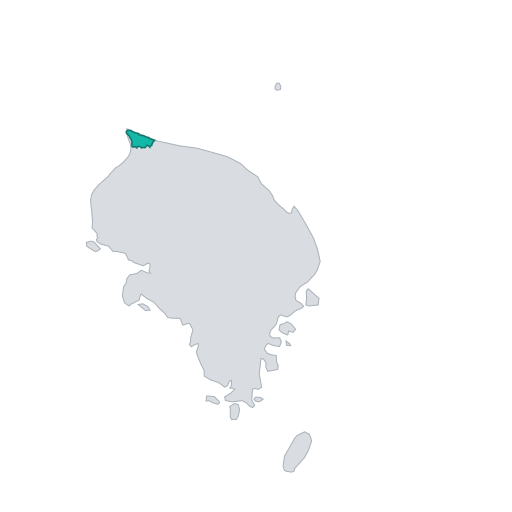 Goseong-gun, Gangwon, South Korea (highlighted), rotated 316°
{"feature_id": "91817680B50485812736392", "entity_name": "Goseong-gun", "entity_type": "district", "adm_level": 2, "iso_a3": "KOR", "parent_name": "South Korea", "parent_adm1": "Gangwon", "projection": "robinson", "projection_center": [128.403, 38.393], "detail": "fine", "context": "in_parent", "style": "filled", "palette": "teal", "viewbox_px": 512, "rotation_deg": 316, "n_neighbors": 0, "source": "geoboundaries", "source_scale": "gbopen_adm2", "svg_char_len": 4249}
<svg xmlns="http://www.w3.org/2000/svg" viewBox="0 0 512 512"><g transform="rotate(316 256 256)"><path d="M155.6,131.0L157.3,129.7L157.4,127.9L157.5,121.9L162.3,117.8L169.2,109.3L172.6,104.7L176.4,100.4L180.9,97.5L185.3,96.1L192.1,95.5L205.2,96.1L207.8,95.5L216.9,95.1L219.1,95.9L225.7,96.4L233.0,95.8L236.7,94.6L240.2,92.4L243.2,88.6L246.3,81.4L249.6,75.8L251.5,74.8L264.9,104.7L277.8,124.0L288.8,137.9L304.5,164.9L309.2,179.2L309.6,188.2L312.3,200.4L310.1,207.5L310.8,218.5L309.8,224.2L307.9,228.4L307.9,236.5L308.5,240.8L308.6,246.5L309.8,248.7L311.6,249.5L314.5,247.5L318.0,246.6L317.4,253.5L313.2,270.8L309.6,283.5L304.6,294.5L298.3,304.6L290.6,308.5L285.2,310.0L274.9,310.5L266.4,308.7L259.1,310.0L256.1,312.1L253.9,315.7L255.5,321.3L255.3,325.4L252.2,325.1L246.0,322.7L239.1,322.4L235.8,321.2L232.6,315.3L229.3,315.5L223.5,319.0L214.6,319.8L211.5,321.7L210.4,324.1L211.7,327.2L216.2,331.3L214.6,335.4L210.0,337.5L206.3,332.4L204.0,327.4L201.4,327.2L197.3,328.6L196.5,333.9L198.3,337.6L201.4,341.8L197.1,346.7L195.9,350.2L192.8,352.7L184.3,347.1L185.6,343.2L189.2,339.4L189.7,335.5L188.5,333.1L176.4,343.1L168.9,354.3L164.9,353.5L163.3,350.6L160.9,349.4L152.9,356.7L151.3,362.5L148.4,362.7L147.1,360.2L147.0,355.0L145.7,350.6L137.4,344.2L133.6,338.6L135.7,335.5L142.6,337.2L148.1,337.0L147.1,334.3L145.3,333.1L149.0,331.6L152.0,328.5L149.5,327.7L145.6,329.4L142.4,328.6L141.2,321.2L137.3,313.7L135.3,306.4L139.2,302.3L141.2,295.7L144.9,286.3L146.7,283.3L151.7,281.0L153.5,278.6L150.8,277.4L146.4,276.2L146.6,273.5L149.5,272.0L152.9,269.0L159.3,265.4L161.4,258.5L159.5,256.8L155.5,255.1L156.4,251.7L158.1,249.0L157.5,247.4L152.8,242.9L149.7,238.9L150.6,234.2L150.0,227.2L150.4,221.3L150.3,218.1L148.0,210.9L147.0,203.6L144.0,204.7L141.5,206.5L132.8,203.9L130.0,203.8L128.9,198.4L132.1,191.8L139.6,186.0L143.9,185.3L147.1,182.7L152.1,181.9L158.1,185.8L163.5,186.6L166.5,193.5L168.3,194.9L168.7,192.4L173.1,189.5L174.2,187.2L173.2,186.0L168.2,184.8L163.8,176.3L163.2,172.6L161.5,170.3L164.0,163.5L158.9,155.8L156.3,153.3L156.7,146.4L154.1,142.0L152.6,139.5L151.7,135.3L152.5,133.5L154.8,132.7L155.6,131.0ZM136.5,435.7L133.9,437.2L131.6,436.3L131.0,435.6L128.2,431.8L127.5,429.8L129.4,426.1L137.2,419.9L157.3,413.9L160.9,413.7L168.8,416.2L170.5,421.0L169.0,425.1L167.2,427.9L158.0,432.5L150.8,434.7L136.5,435.7ZM271.9,330.2L266.7,334.4L259.5,328.8L257.9,325.8L263.3,321.3L267.8,316.1L270.8,315.8L271.9,330.2ZM234.2,329.7L233.6,336.3L229.6,336.6L227.3,332.4L224.8,334.5L223.5,334.5L221.5,329.2L221.2,325.1L225.8,322.0L228.6,323.9L232.7,324.9L234.2,329.7ZM131.8,358.9L128.2,359.9L126.2,357.6L124.8,357.0L125.6,354.0L131.5,348.0L132.6,346.0L138.0,347.2L140.0,350.4L137.5,355.2L131.8,358.9ZM149.3,134.0L149.0,142.8L146.0,142.4L143.9,141.5L143.0,139.8L141.0,131.6L143.4,128.3L147.9,130.9L149.3,134.0ZM128.5,334.7L127.7,336.4L125.3,335.9L122.8,331.3L121.8,327.6L119.3,325.6L123.3,322.4L128.3,328.1L128.5,334.7ZM143.0,217.1L142.2,221.4L138.6,218.5L137.6,209.1L141.4,211.8L143.0,217.1ZM391.7,151.2L389.2,153.2L386.2,151.2L385.8,149.1L387.4,147.3L391.0,146.2L392.7,147.8L391.7,151.2ZM160.8,360.7L161.7,363.9L157.2,363.3L154.8,360.2L155.1,357.6L157.8,357.2L160.8,360.7ZM219.3,342.5L218.7,344.6L215.9,341.5L218.6,338.0L219.3,342.5Z" fill="#d9dde1" stroke="#a8b0b8" stroke-width="1"/><path d="M263.4,102.3L261.7,99.1L260.9,97.1L261.2,96.3L260.8,95.8L260.3,95.3L259.9,94.6L259.6,94.0L259.3,93.5L259.1,92.9L259.1,92.3L258.7,91.2L258.4,90.9L257.8,90.3L257.3,89.6L256.7,88.7L256.2,87.7L255.9,87.0L256.1,86.8L256.6,86.5L255.7,85.0L254.3,83.2L253.6,80.9L253.3,80.0L253.3,79.5L253.3,79.0L252.9,78.5L251.1,76.5L250.2,76.4L249.1,76.5L248.4,77.0L248.2,77.4L248.1,78.3L248.1,82.0L247.6,83.3L247.4,84.1L247.3,84.9L247.0,85.9L246.7,86.5L246.3,87.4L245.7,88.0L245.2,88.5L244.4,89.3L243.7,90.1L243.2,90.6L242.9,91.1L242.9,91.6L243.4,92.6L244.2,92.9L245.2,93.5L245.3,95.4L245.9,95.6L246.6,95.1L247.4,95.2L248.3,96.1L248.6,97.0L248.8,98.6L248.8,98.9L249.5,99.2L250.5,99.8L251.1,100.8L252.1,101.0L252.8,100.9L253.5,100.5L254.4,100.6L254.9,101.1L255.2,104.0L255.5,103.7L256.1,103.6L256.7,103.6L257.4,103.9L258.0,104.0L258.2,103.7L258.6,103.3L259.4,103.2L259.8,102.9L260.6,102.6L261.5,102.6L262.5,102.5L263.4,102.3Z" fill="#14b8a6" stroke="#0f766e" stroke-width="1.5"/></g></svg>